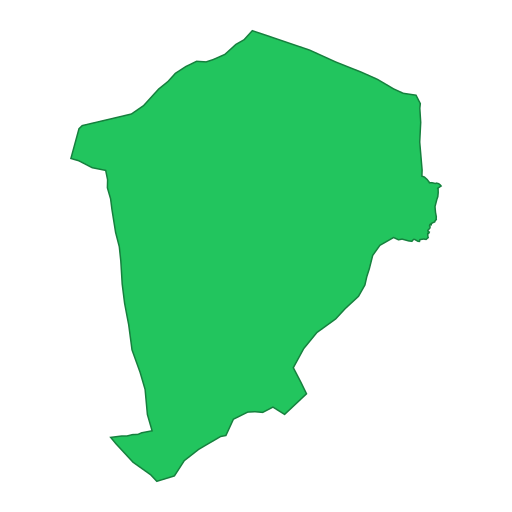 outline of Gwer West, Benue, Nigeria
{"feature_id": "59680162B25446485561557", "entity_name": "Gwer West", "entity_type": "district", "adm_level": 2, "iso_a3": "NGA", "parent_name": "Nigeria", "parent_adm1": "Benue", "projection": "orthographic", "projection_center": [8.277, 7.602], "detail": "fine", "context": "isolated", "style": "filled", "palette": "green", "viewbox_px": 512, "rotation_deg": 0, "n_neighbors": 0, "source": "geoboundaries", "source_scale": "gbopen_adm2", "svg_char_len": 1989}
<svg xmlns="http://www.w3.org/2000/svg" viewBox="0 0 512 512"><path d="M70.9,158.5L78.6,160.7L92.2,167.7L105.7,170.4L107.6,179.8L107.4,187.8L110.6,198.8L111.9,209.1L115.6,232.4L119.3,246.7L120.8,260.9L121.5,272.3L122.2,284.0L124.6,303.2L127.2,317.0L128.7,324.7L130.9,341.3L132.0,349.8L140.1,372.3L145.1,389.4L147.4,414.5L152.1,430.8L141.6,432.8L138.0,434.4L132.5,434.6L127.0,436.0L121.7,436.0L110.7,437.4L115.9,443.7L133.1,462.3L150.7,474.8L156.8,481.3L174.4,475.9L184.3,460.6L198.6,449.4L205.0,445.6L220.6,436.5L225.9,435.5L233.4,419.2L247.7,412.1L254.9,411.7L262.7,412.4L272.9,407.1L284.6,414.4L306.5,393.8L301.0,382.5L293.3,367.7L303.7,348.6L316.9,332.5L335.7,318.9L345.2,308.6L347.8,306.2L358.5,296.3L364.9,285.0L366.8,276.6L369.3,268.8L372.7,255.4L379.9,245.3L393.6,237.5L398.5,239.8L402.1,239.1L408.6,240.9L411.9,241.3L413.5,239.4L414.7,239.4L416.0,240.2L418.0,241.3L419.5,241.4L419.9,239.6L424.1,239.0L424.9,239.3L426.2,239.4L427.1,238.5L428.2,237.6L427.9,236.6L427.7,234.6L427.7,233.4L428.5,233.5L429.1,232.7L429.3,232.1L428.1,231.5L427.8,230.4L428.5,229.7L429.9,228.0L430.1,226.9L429.5,225.9L429.9,224.7L430.8,224.9L430.7,224.2L431.3,224.3L431.3,223.7L431.6,223.4L432.0,223.3L432.3,222.8L433.7,222.4L434.8,221.8L434.9,221.1L435.4,220.6L435.7,220.0L436.3,219.6L436.2,218.6L436.3,216.7L435.5,212.4L435.0,206.6L436.9,199.2L437.8,196.7L438.2,192.7L438.1,188.9L437.7,188.3L441.1,186.0L440.2,184.9L438.7,183.7L436.5,183.1L435.3,183.5L432.9,182.9L431.6,182.7L429.4,182.8L429.1,182.0L428.1,180.8L427.2,179.6L426.9,179.3L424.9,177.5L424.4,177.0L424.1,177.0L423.0,176.5L421.9,176.2L422.1,170.0L419.7,142.0L420.7,122.4L419.8,108.3L420.3,103.6L416.0,95.2L403.2,93.3L393.6,88.9L377.5,79.4L361.4,72.2L351.3,68.2L335.5,61.9L309.6,50.1L287.2,42.5L274.3,38.1L252.3,30.7L244.0,39.8L235.9,44.4L224.9,54.4L213.1,59.6L206.1,61.9L196.6,61.3L185.9,66.5L175.4,73.3L168.1,81.4L158.7,89.0L143.6,105.6L131.4,114.0L82.2,125.6L79.0,128.7L70.9,158.5Z" fill="#22c55e" stroke="#15803d" stroke-width="1.5"/></svg>